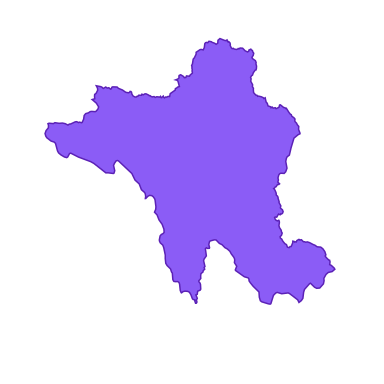 the district of Nhu Xuan, Thanh Hóa, Vietnam, rotated 342°
{"feature_id": "81297802B29351066345319", "entity_name": "Nhu Xuan", "entity_type": "district", "adm_level": 2, "iso_a3": "VNM", "parent_name": "Vietnam", "parent_adm1": "Thanh Hóa", "projection": "equal_earth", "projection_center": [105.405, 19.598], "detail": "fine", "context": "isolated", "style": "filled", "palette": "violet", "viewbox_px": 384, "rotation_deg": 342, "n_neighbors": 0, "source": "geoboundaries", "source_scale": "gbopen_adm2", "svg_char_len": 5961}
<svg xmlns="http://www.w3.org/2000/svg" viewBox="0 0 384 384"><g transform="rotate(342 192 192)"><path d="M304.0,309.6L303.7,308.2L301.8,304.8L300.5,303.6L301.7,301.1L301.8,299.4L301.2,299.1L300.0,297.0L299.0,294.7L298.9,294.0L299.9,293.2L299.9,289.7L298.9,286.4L297.4,284.2L294.1,282.8L292.4,280.5L291.2,279.6L288.2,276.5L286.3,275.1L284.6,274.9L283.7,274.1L282.6,273.7L281.3,271.2L279.8,271.1L279.7,270.6L279.0,270.1L276.7,270.6L275.8,271.7L274.9,271.3L274.2,271.4L273.8,270.5L272.7,269.9L272.2,271.3L269.5,274.5L268.4,274.2L267.2,274.9L266.3,274.4L265.7,273.9L265.6,271.2L264.4,269.9L263.2,266.9L262.8,264.5L261.8,263.1L262.0,261.7L263.7,260.9L265.1,258.9L264.8,257.7L265.0,255.8L264.2,253.0L264.3,250.7L265.6,248.3L266.0,246.7L265.8,245.7L264.4,245.9L263.3,245.0L262.7,243.5L262.7,241.7L263.4,241.5L264.8,242.1L267.5,239.7L268.8,240.9L269.6,240.2L270.1,240.6L271.4,240.3L272.6,238.9L272.5,236.8L271.2,234.8L271.3,234.0L272.2,232.7L271.5,229.0L271.9,228.1L271.9,224.7L272.2,223.6L272.0,222.3L271.2,220.9L271.7,219.1L271.6,217.2L271.4,215.5L270.8,213.9L271.6,213.8L272.8,212.9L273.5,213.0L275.7,211.3L276.8,211.7L277.8,211.3L276.7,209.1L277.9,207.3L278.1,205.2L279.7,202.7L281.0,201.7L282.3,201.6L285.4,202.8L287.4,201.7L289.7,198.7L290.6,191.9L292.2,189.1L293.4,187.9L296.0,187.0L299.8,180.7L305.6,172.3L310.6,170.3L312.7,170.0L312.9,169.3L312.7,165.4L313.8,162.6L313.0,160.8L312.7,158.8L311.7,156.8L312.0,155.3L312.5,154.5L311.9,152.9L310.3,150.7L310.3,149.1L309.6,148.4L308.8,146.3L307.6,141.5L307.0,141.6L306.4,140.5L305.4,140.1L303.0,136.4L302.2,136.3L300.9,138.3L298.2,138.7L297.6,138.6L297.3,137.6L295.1,137.3L294.5,136.0L293.2,136.3L293.2,135.3L290.9,133.6L291.0,130.9L290.3,129.3L290.7,125.0L289.2,125.3L288.9,124.3L287.3,122.8L284.8,121.3L284.0,121.3L283.7,120.1L282.6,119.5L281.3,116.5L282.0,113.5L282.5,112.3L282.0,110.6L282.8,108.7L282.1,104.8L283.2,102.6L283.1,101.1L284.6,99.8L285.6,99.6L287.2,97.5L289.8,95.6L290.6,95.7L291.4,94.5L292.3,92.2L292.4,89.9L293.0,88.7L292.9,86.7L291.1,84.3L290.5,82.9L291.3,81.8L292.3,81.2L293.6,79.1L293.1,77.4L293.2,76.1L292.4,75.3L292.1,74.3L290.0,74.6L289.6,75.5L288.2,76.0L286.2,74.2L284.6,70.9L282.2,69.9L281.0,70.4L280.3,69.8L279.8,70.2L278.4,70.2L276.3,69.1L275.7,68.1L274.5,68.1L273.9,67.0L273.6,64.2L274.1,63.4L274.2,61.9L273.4,60.3L272.9,60.6L272.3,60.0L272.3,58.2L271.0,58.5L270.1,58.1L266.0,54.7L263.6,55.7L262.5,58.4L260.6,59.0L259.5,57.5L257.4,55.9L256.9,55.1L255.2,54.1L254.6,53.9L253.1,54.9L252.0,54.2L251.0,54.2L250.0,54.9L248.3,58.5L246.6,60.3L244.7,59.2L243.6,59.1L239.1,60.4L238.5,62.2L235.7,65.1L234.2,66.0L232.0,70.3L230.7,71.6L230.7,72.9L230.2,74.1L230.0,76.0L229.4,76.9L229.4,78.1L229.0,79.1L226.3,80.2L225.4,81.1L222.6,79.9L221.5,81.2L220.0,80.9L219.7,79.6L217.5,77.0L216.0,77.1L215.4,77.6L215.0,79.4L213.3,80.2L211.1,80.3L212.2,81.0L212.9,82.2L212.6,87.8L210.6,87.8L209.5,88.4L208.2,88.5L207.5,89.9L201.7,91.7L200.2,94.3L198.8,93.7L197.1,94.0L196.5,93.5L194.9,94.0L194.4,93.3L194.3,91.9L192.3,92.9L191.8,92.7L191.6,91.3L190.7,91.8L187.9,90.5L186.2,90.7L185.4,89.5L183.7,89.3L182.5,88.4L182.0,87.5L181.1,87.2L180.8,86.5L178.7,84.5L177.6,84.1L175.7,84.5L174.6,83.5L173.9,84.4L171.2,83.5L170.1,84.2L169.2,84.0L168.6,84.4L167.2,84.1L165.7,82.6L165.1,80.5L165.3,78.3L164.9,77.5L164.2,77.2L163.4,77.9L162.2,78.0L159.8,76.7L157.4,73.5L154.1,70.7L153.2,69.0L149.1,67.5L148.2,67.6L147.1,68.9L146.3,69.0L145.1,67.1L143.5,67.0L142.4,65.5L139.6,66.1L138.7,64.4L137.8,63.6L133.8,61.4L134.2,64.0L133.8,66.0L131.2,68.6L129.6,69.1L128.9,70.7L128.3,73.3L125.6,73.2L128.5,78.0L129.5,82.2L128.2,84.0L125.8,85.5L124.8,85.7L121.4,84.3L120.0,84.1L117.9,84.7L115.1,84.6L113.1,85.9L111.4,89.3L109.0,91.9L108.4,92.0L106.6,90.8L105.5,90.9L104.1,89.5L102.6,89.2L97.6,89.8L96.3,89.5L94.7,90.0L92.5,87.8L90.1,86.4L86.8,85.6L83.0,83.7L81.3,84.1L77.3,82.4L76.1,82.5L76.1,84.2L75.3,86.5L72.2,88.5L70.3,91.0L70.2,93.7L70.7,95.6L73.7,100.0L76.3,101.9L77.2,103.5L76.8,111.3L77.2,113.6L78.8,116.2L81.5,119.3L83.5,120.6L84.6,120.3L87.4,117.6L88.7,117.6L94.8,123.7L105.0,131.8L107.5,134.5L116.0,147.2L118.1,147.8L122.9,150.1L123.6,150.0L125.1,147.9L125.6,142.5L127.2,140.7L129.6,138.9L130.8,139.0L131.7,139.7L140.5,155.8L141.5,163.1L144.3,168.0L144.6,174.2L146.7,177.7L147.0,179.1L146.6,181.8L145.6,183.8L146.0,183.9L148.8,182.4L150.7,182.1L152.7,183.1L153.6,184.4L154.4,186.9L154.4,188.2L153.1,195.0L152.1,197.3L150.1,199.6L151.7,203.0L152.0,208.3L153.6,213.5L153.8,218.7L153.0,221.8L151.6,222.6L149.7,222.9L148.1,223.9L146.1,227.5L145.9,228.6L146.1,230.5L147.8,233.5L147.9,236.3L147.1,243.7L146.0,247.0L145.0,251.7L145.6,254.3L147.8,258.5L147.8,261.7L148.2,263.1L146.7,269.4L146.9,270.6L147.1,271.4L148.4,272.1L150.8,272.8L151.7,274.1L151.7,275.9L150.4,282.0L150.6,284.4L150.9,284.7L152.6,284.0L154.6,284.1L157.2,285.2L158.0,285.9L158.6,286.7L159.2,289.3L159.4,293.6L159.8,294.5L160.9,295.2L161.0,295.8L161.0,298.9L161.7,299.1L162.5,298.5L162.9,297.2L162.4,295.9L163.8,295.3L164.2,294.7L163.9,291.1L165.4,290.9L166.7,288.1L169.4,287.9L170.3,287.1L171.5,282.6L171.5,281.1L170.8,279.4L171.1,278.5L173.6,277.0L174.3,274.5L175.3,272.4L177.7,271.5L178.4,270.2L180.2,269.4L180.2,267.5L181.3,266.9L181.8,260.9L182.8,259.5L185.9,257.2L187.2,250.1L188.4,249.5L189.4,250.5L191.1,250.9L191.5,250.4L191.8,247.0L193.4,244.5L194.3,244.2L198.5,244.4L200.1,245.1L202.1,249.3L204.3,251.4L206.1,255.1L208.0,257.1L209.7,260.1L210.2,262.9L211.6,267.0L211.8,268.6L211.6,269.9L210.5,272.3L211.6,276.4L209.1,279.5L209.2,280.2L215.6,288.8L218.7,290.9L219.1,291.5L219.2,292.6L218.8,294.2L219.4,296.3L221.0,300.5L224.8,307.8L223.5,312.9L223.4,316.5L224.4,318.0L230.1,322.0L231.7,322.8L232.5,322.6L237.5,315.5L240.3,314.0L242.0,313.8L245.9,316.5L252.3,317.7L253.5,318.9L259.2,327.2L259.6,330.1L262.4,329.1L264.6,327.4L267.2,321.8L268.9,319.4L275.5,315.5L276.5,315.4L279.1,320.4L280.8,322.1L283.8,322.8L288.6,320.0L290.2,317.2L290.7,314.9L294.0,311.8L296.8,310.6L300.7,311.0L304.0,309.6Z" fill="#8b5cf6" stroke="#5b21b6" stroke-width="1.5"/></g></svg>